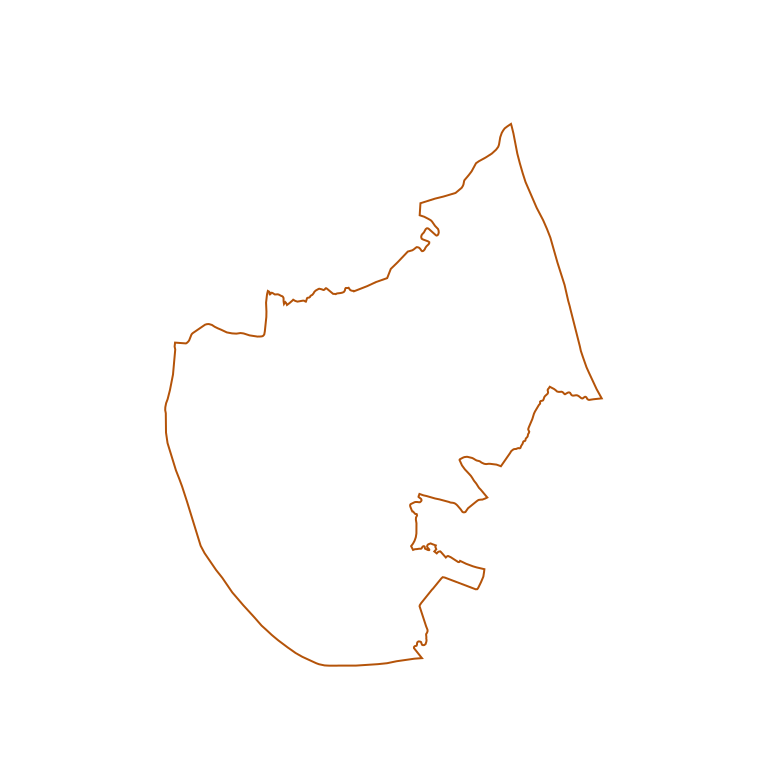 the district of Mo Cay Bac, Bến Tre, Vietnam, rotated 198°
{"feature_id": "81297802B92984212454641", "entity_name": "Mo Cay Bac", "entity_type": "district", "adm_level": 2, "iso_a3": "VNM", "parent_name": "Vietnam", "parent_adm1": "Bến Tre", "projection": "albers", "projection_center": [106.276, 10.167], "detail": "fine", "context": "isolated", "style": "outline", "palette": "amber", "viewbox_px": 768, "rotation_deg": 198, "n_neighbors": 0, "source": "geoboundaries", "source_scale": "gbopen_adm2", "svg_char_len": 6161}
<svg xmlns="http://www.w3.org/2000/svg" viewBox="0 0 768 768"><g transform="rotate(198 384 384)"><path d="M463.9,138.9L449.3,130.0L435.0,121.9L425.8,116.4L419.1,113.4L413.3,110.7L410.6,109.6L405.3,107.5L394.2,103.7L384.8,100.8L377.4,99.3L362.1,97.5L359.2,97.4L353.5,98.0L349.4,99.1L323.7,107.5L303.4,115.6L294.8,119.4L286.4,124.2L270.1,132.2L263.2,135.0L273.8,142.0L274.2,143.0L273.8,144.1L272.2,145.1L272.1,146.4L272.5,147.8L272.4,148.8L271.7,149.8L270.2,150.2L269.0,150.0L268.0,148.6L267.1,147.7L266.1,147.7L265.0,148.2L264.1,149.5L264.1,152.1L264.4,153.6L265.1,154.9L265.5,156.4L266.5,158.6L266.6,159.5L266.2,160.8L266.2,162.5L266.7,163.7L269.1,166.6L281.5,183.6L281.6,184.7L281.0,187.0L274.8,203.3L274.3,204.2L269.4,216.8L268.5,218.4L266.4,218.7L233.4,217.1L231.9,217.7L231.4,219.2L230.5,225.6L230.0,231.5L230.7,235.9L231.3,238.9L239.2,238.2L243.1,238.1L250.4,238.4L257.0,239.3L257.2,238.3L257.5,237.9L258.4,237.6L267.0,239.9L269.6,240.2L270.0,240.2L270.5,239.8L271.1,239.1L271.6,238.1L277.9,241.8L278.8,242.2L279.8,241.7L280.5,241.1L280.8,240.7L281.5,239.2L284.4,240.3L283.2,243.0L284.9,245.0L284.8,246.5L288.2,246.6L290.4,246.8L292.0,245.5L292.5,245.0L292.8,244.4L292.9,243.3L292.8,242.8L292.2,242.0L289.8,240.6L289.7,240.0L289.8,239.9L290.9,239.7L294.1,240.1L295.1,241.9L295.5,242.1L296.2,242.0L296.8,241.5L297.1,240.9L297.5,239.2L297.9,238.8L298.3,238.6L299.7,238.2L301.6,237.2L303.6,236.4L305.1,235.2L308.1,238.2L307.1,241.1L306.5,244.3L306.4,248.1L307.0,251.9L310.1,261.6L311.8,264.9L312.3,266.9L312.0,268.7L312.0,269.4L312.8,270.4L313.3,270.2L314.1,270.1L314.6,270.3L316.9,271.7L317.4,271.6L317.6,271.5L318.7,272.6L321.0,275.4L321.5,276.2L321.7,276.9L321.7,277.5L321.5,278.0L318.4,281.0L317.8,281.4L316.2,282.0L313.9,282.4L313.3,282.7L312.7,283.6L312.4,284.3L312.4,285.1L312.9,285.9L313.5,286.3L316.2,287.2L316.4,287.7L316.3,290.4L312.1,290.3L309.0,290.6L300.0,290.9L295.6,291.4L285.8,291.9L284.4,291.8L283.6,291.9L281.8,292.3L280.0,292.4L278.0,291.8L276.6,291.1L272.2,288.4L270.0,286.7L269.3,286.5L268.3,286.6L267.0,287.4L265.7,291.8L259.6,301.2L258.3,302.9L256.8,303.7L254.7,304.5L252.2,306.5L250.7,308.0L259.5,313.5L261.6,314.6L265.6,317.9L268.5,319.8L271.2,322.1L273.0,323.5L277.4,326.0L280.7,327.8L282.5,329.1L284.7,330.7L288.7,335.1L288.6,335.8L286.1,338.4L285.0,339.3L282.9,340.3L282.2,340.5L277.4,340.9L275.9,340.7L273.1,340.0L271.9,339.9L269.9,340.1L268.7,340.0L267.0,339.4L264.3,339.1L262.9,339.2L261.6,339.6L260.2,340.3L258.3,340.9L252.1,342.1L249.0,342.0L247.4,341.9L242.7,357.5L242.5,358.5L242.2,359.6L240.8,361.7L240.1,362.3L238.0,363.2L237.3,364.0L236.3,364.6L235.6,364.6L234.8,365.0L234.5,365.4L234.4,367.5L233.7,370.2L233.8,371.7L233.5,372.7L232.5,373.2L232.1,374.0L232.3,375.5L232.1,376.4L231.4,377.7L231.2,378.7L231.4,380.2L231.4,381.3L231.1,382.2L231.1,383.5L232.2,384.6L232.9,385.6L232.9,387.5L232.1,396.6L232.2,402.1L231.9,404.5L230.2,412.0L229.7,412.9L229.5,413.7L230.1,415.4L229.7,416.2L228.5,416.9L227.7,417.6L227.5,418.7L227.5,421.0L227.1,422.3L225.4,425.3L225.3,426.5L225.8,427.6L226.5,428.8L226.4,429.9L226.0,430.7L225.5,432.6L220.7,431.8L218.7,431.1L217.3,430.4L215.9,430.4L214.4,430.8L212.9,431.5L211.8,431.5L210.8,431.1L209.2,430.2L208.7,430.2L206.5,432.6L205.5,433.2L204.9,433.2L204.3,433.1L202.5,431.6L201.7,431.3L200.9,431.3L200.0,431.6L197.8,432.7L196.6,432.9L195.2,432.7L192.0,431.5L191.0,431.5L190.5,431.8L189.7,433.0L188.9,433.9L188.3,434.1L187.8,434.0L187.2,433.7L186.2,432.7L185.4,432.3L184.1,432.2L179.9,434.3L172.5,437.6L180.2,444.8L192.5,458.0L196.5,462.4L203.3,471.3L207.0,476.3L209.4,480.4L230.1,513.2L231.3,515.2L234.5,520.0L242.8,533.9L256.5,553.0L271.0,574.6L276.9,581.8L283.3,589.0L293.3,598.8L311.8,619.8L317.2,627.3L323.1,636.0L328.4,644.3L338.4,662.4L342.5,669.0L343.6,670.6L346.4,667.0L348.2,664.4L349.0,662.0L349.6,659.2L349.7,654.6L348.7,647.9L348.6,646.6L348.7,644.7L349.8,641.5L352.7,636.4L357.4,630.7L362.5,625.3L364.7,622.4L366.4,613.3L367.9,609.0L370.5,602.6L370.5,601.6L370.1,598.4L370.2,596.9L370.7,594.7L375.0,587.8L385.3,580.7L392.7,576.1L405.2,567.2L402.2,555.5L397.5,555.5L393.2,554.8L390.2,554.2L388.6,553.4L384.4,550.2L380.5,548.1L379.4,546.6L378.7,544.8L378.7,542.8L379.3,541.8L379.9,541.4L380.6,541.5L389.2,545.3L390.5,545.6L391.5,545.2L392.2,544.1L392.9,540.4L393.8,538.6L394.2,537.2L394.2,535.9L393.8,534.8L393.0,533.8L391.5,533.5L386.3,533.3L384.8,532.9L384.5,532.1L384.7,530.8L386.2,528.0L386.7,526.3L386.9,524.5L387.7,522.8L388.8,522.1L389.6,522.4L391.3,523.7L392.6,524.4L394.1,524.5L395.3,524.2L396.2,522.9L397.3,521.2L398.4,519.9L402.3,517.3L408.7,503.9L413.1,495.6L413.7,485.7L423.1,478.5L430.2,471.9L441.2,462.9L441.5,463.2L443.0,462.8L444.2,462.8L445.0,462.9L446.0,463.5L447.4,464.6L448.1,464.1L449.8,463.6L450.1,463.4L450.3,462.5L450.1,461.0L450.3,460.1L450.7,459.0L451.9,458.0L453.4,457.1L456.7,455.6L457.6,454.6L457.9,454.7L460.2,454.0L467.7,457.0L468.8,457.2L469.2,456.7L469.8,455.3L470.3,454.9L470.7,454.7L472.6,454.8L475.0,454.6L475.5,454.3L477.8,451.8L478.4,450.7L478.8,449.8L479.0,448.5L479.7,446.7L480.9,445.4L481.2,444.8L481.3,443.9L481.9,443.1L483.4,442.3L483.7,441.8L483.7,438.2L484.1,438.1L485.6,438.5L486.7,438.3L491.8,435.6L494.2,435.6L496.4,436.1L496.8,435.2L498.9,431.7L500.7,429.2L501.5,430.2L502.4,431.0L503.2,431.4L503.8,429.2L504.4,430.3L505.2,432.0L505.9,434.2L506.4,435.1L507.0,435.6L507.7,436.0L508.8,436.0L511.6,436.5L512.7,436.5L515.5,435.4L518.1,436.1L519.0,436.1L519.4,435.9L519.8,434.3L520.2,433.9L520.7,434.3L521.1,435.7L521.8,436.3L523.2,436.6L523.0,433.6L522.7,431.8L521.3,424.9L518.2,416.6L516.6,411.3L513.6,397.2L513.2,394.1L513.8,392.5L514.8,391.6L516.7,390.8L519.0,390.0L526.9,388.7L533.0,388.7L534.3,388.5L536.3,388.1L539.9,386.3L544.1,385.2L549.4,384.5L555.7,385.3L559.2,385.6L562.7,386.1L565.9,387.0L569.1,386.9L570.9,386.2L572.5,385.1L581.6,373.3L582.1,372.4L582.4,371.5L582.8,365.3L583.2,364.0L584.1,362.3L584.9,361.4L595.5,358.8L594.7,354.9L593.2,352.3L587.6,327.8L585.7,312.1L585.1,302.7L585.3,298.5L584.8,294.3L584.0,291.5L582.5,288.8L576.3,270.4L571.6,260.9L555.2,237.6L549.3,230.4L544.4,224.2L535.1,211.4L508.4,173.5L502.4,167.7L486.2,155.2L477.9,149.7L463.9,138.9Z" fill="none" stroke="#b45309" stroke-width="2"/></g></svg>